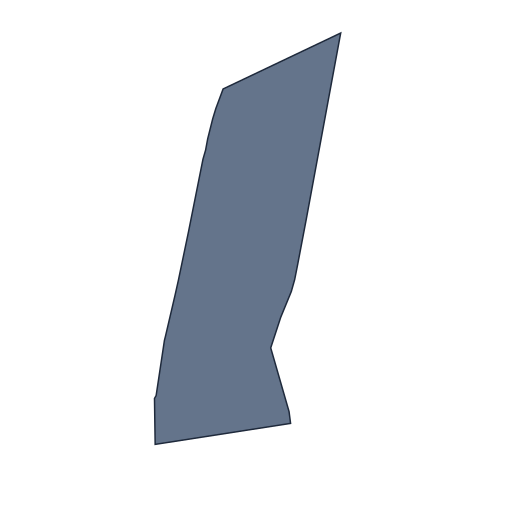 outline of Dar Naim, Nouakchott, Mauritania, rotated 335°
{"feature_id": "47542326B20684442825570", "entity_name": "Dar Naim", "entity_type": "district", "adm_level": 2, "iso_a3": "MRT", "parent_name": "Mauritania", "parent_adm1": "Nouakchott", "projection": "albers", "projection_center": [-15.933, 18.106], "detail": "fine", "context": "isolated", "style": "filled", "palette": "slate", "viewbox_px": 512, "rotation_deg": 335, "n_neighbors": 0, "source": "geoboundaries", "source_scale": "gbopen_adm2", "svg_char_len": 456}
<svg xmlns="http://www.w3.org/2000/svg" viewBox="0 0 512 512"><g transform="rotate(335 256 256)"><path d="M216.6,422.3L220.2,411.0L230.5,345.5L252.5,322.0L273.0,303.1L281.1,293.7L290.1,281.4L316.9,244.2L427.0,89.7L296.8,90.7L282.0,105.3L274.8,113.3L261.8,129.3L255.1,138.7L248.9,145.8L205.0,205.6L175.4,245.2L166.0,257.4L140.1,290.4L137.4,293.7L106.5,340.3L103.8,342.2L85.0,384.1L216.6,422.3Z" fill="#64748b" stroke="#1e293b" stroke-width="1.5"/></g></svg>